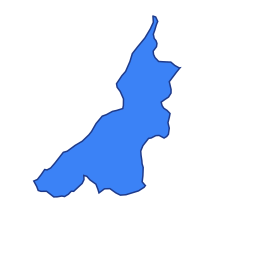 the district of Älmhult, Kronoberg, Sweden, rotated 128°
{"feature_id": "70781695B11327054975431", "entity_name": "Älmhult", "entity_type": "district", "adm_level": 2, "iso_a3": "SWE", "parent_name": "Sweden", "parent_adm1": "Kronoberg", "projection": "robinson", "projection_center": [14.182, 56.617], "detail": "fine", "context": "isolated", "style": "filled", "palette": "blue", "viewbox_px": 256, "rotation_deg": 128, "n_neighbors": 0, "source": "geoboundaries", "source_scale": "gbopen_adm2", "svg_char_len": 1466}
<svg xmlns="http://www.w3.org/2000/svg" viewBox="0 0 256 256"><g transform="rotate(128 128 128)"><path d="M212.0,168.1L218.1,167.7L224.3,167.7L227.8,169.6L230.3,163.9L232.5,160.3L231.5,157.6L228.0,153.2L228.0,144.0L227.2,143.1L225.8,141.4L222.3,138.2L221.1,135.8L216.9,134.2L212.8,133.8L211.3,131.8L199.9,130.0L195.8,130.9L192.6,133.6L191.4,130.7L192.3,126.0L192.0,118.7L194.8,114.0L197.0,110.9L190.4,109.1L186.9,104.9L186.6,97.6L185.6,92.7L181.8,88.5L176.8,85.0L171.1,81.0L164.8,78.8L162.6,78.9L162.6,79.4L161.7,83.7L156.6,86.8L153.5,89.0L149.7,91.8L147.5,94.9L145.3,96.9L141.5,100.9L138.3,103.8L132.7,105.4L123.5,105.4L121.6,103.6L116.9,101.4L114.7,98.9L113.7,93.4L110.9,92.3L108.1,92.3L102.7,95.4L99.2,99.8L94.2,102.0L90.7,103.8L90.1,108.0L90.4,112.0L89.4,114.9L87.2,117.8L82.8,116.5L78.7,115.1L74.0,115.6L71.1,117.8L66.1,124.0L54.1,124.2L48.6,124.1L49.1,124.6L49.9,129.6L49.7,134.8L53.7,140.4L56.7,144.8L55.9,150.1L54.3,153.2L51.9,155.5L46.4,155.6L43.6,157.2L42.0,159.6L41.3,162.5L38.5,165.8L34.3,167.2L29.0,169.3L25.7,170.2L23.5,174.5L24.4,177.2L24.5,177.2L29.1,173.1L36.2,171.4L46.7,170.1L58.2,170.4L66.7,170.4L74.4,167.4L84.9,164.7L90.6,165.0L100.2,164.3L102.6,161.6L104.0,156.6L107.8,149.5L113.1,145.5L115.9,144.1L121.2,147.8L124.5,150.5L130.7,153.2L134.5,155.6L144.1,155.9L153.1,154.6L157.4,154.6L166.5,155.9L174.1,158.9L183.7,161.6L187.0,164.0L200.9,164.0L207.1,164.3L210.9,166.0L212.0,168.1Z" fill="#3b82f6" stroke="#1e3a8a" stroke-width="1.5"/></g></svg>